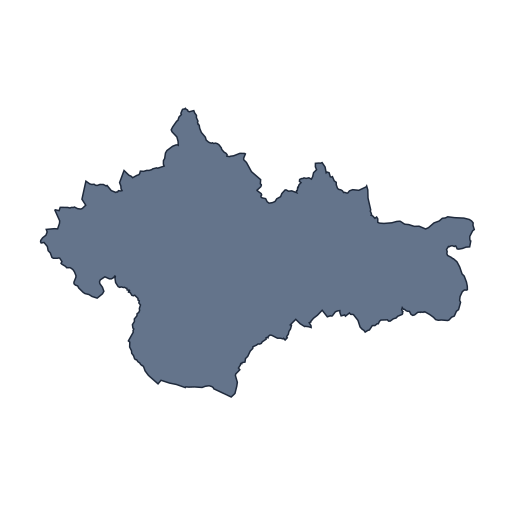 outline of Enniscorthy Lea-6, Wexford, Ireland, rotated 274°
{"feature_id": "5873133B47425584420404", "entity_name": "Enniscorthy Lea-6", "entity_type": "district", "adm_level": 2, "iso_a3": "IRL", "parent_name": "Ireland", "parent_adm1": "Wexford", "projection": "albers", "projection_center": [-6.612, 52.551], "detail": "fine", "context": "isolated", "style": "filled", "palette": "slate", "viewbox_px": 512, "rotation_deg": 274, "n_neighbors": 0, "source": "geoboundaries", "source_scale": "gbopen_adm2", "svg_char_len": 6109}
<svg xmlns="http://www.w3.org/2000/svg" viewBox="0 0 512 512"><g transform="rotate(274 256 256)"><path d="M250.9,47.2L246.8,48.3L244.7,50.6L240.4,52.5L239.6,54.0L239.9,58.0L240.3,59.5L240.1,60.4L236.9,62.8L235.1,62.0L234.3,62.9L232.3,66.8L231.1,67.9L231.4,71.5L229.7,74.3L227.5,76.0L223.8,77.8L222.2,77.8L217.2,76.2L215.6,76.4L214.4,77.8L213.7,80.2L211.7,81.4L207.6,86.2L206.6,88.0L205.9,92.1L204.2,95.2L202.9,100.5L207.6,105.5L210.2,106.7L214.1,105.0L217.6,102.1L219.4,101.7L221.3,102.3L224.7,106.7L223.0,111.3L223.1,113.4L224.5,115.4L226.2,116.6L225.9,117.1L223.9,116.9L219.7,117.8L215.9,120.6L215.2,122.2L215.8,123.8L215.3,125.9L215.6,127.1L214.8,128.6L214.7,129.4L213.1,129.8L213.0,132.1L212.4,132.3L211.8,131.4L211.1,131.3L210.7,133.1L208.1,134.9L207.8,136.6L208.4,137.8L205.5,141.2L203.8,141.4L203.1,142.7L201.0,142.4L199.1,144.2L195.6,143.3L193.4,143.7L191.4,142.9L190.2,141.4L188.0,141.4L184.7,139.0L182.2,139.3L178.9,137.5L175.6,138.2L174.7,139.2L172.8,138.5L171.5,138.9L162.4,134.6L161.3,136.1L156.4,136.3L152.8,138.4L150.3,138.8L148.0,140.8L145.1,142.0L144.3,142.9L144.2,144.1L142.3,145.6L141.2,147.5L139.8,148.5L138.8,149.8L138.9,150.4L137.5,151.7L133.6,153.4L129.3,157.1L121.6,167.2L125.4,169.9L123.2,178.6L122.3,185.5L119.8,194.7L120.6,195.2L120.5,198.0L121.1,203.8L121.1,211.4L122.5,214.5L123.3,218.3L122.7,220.9L121.8,222.5L120.6,223.1L113.6,241.1L117.4,244.6L124.8,245.9L128.7,246.2L135.3,243.8L136.9,244.0L141.4,247.8L143.0,246.3L146.1,248.0L147.6,248.2L147.5,249.3L148.7,249.6L149.4,252.4L153.0,252.7L155.2,254.7L160.8,256.9L163.5,259.2L165.3,259.3L167.0,262.5L168.4,264.2L168.4,265.8L169.2,267.4L170.8,268.2L173.7,271.9L175.1,271.7L175.5,272.5L175.2,273.7L176.6,273.8L178.1,275.5L178.0,277.2L175.5,283.1L175.7,286.1L175.2,288.8L175.8,289.3L174.2,290.9L176.6,292.9L177.3,292.2L178.1,292.4L180.2,293.7L183.1,294.1L185.6,295.5L189.3,296.2L189.7,295.0L195.6,300.1L191.5,304.8L189.0,309.5L189.3,310.1L189.1,313.5L188.5,316.0L190.4,315.7L193.1,313.7L194.0,315.3L194.4,315.1L197.9,317.7L201.2,321.4L206.5,325.8L200.3,331.4L201.6,334.4L201.3,335.0L201.6,336.3L205.9,339.1L206.9,341.2L207.4,343.4L205.2,343.7L202.2,345.1L203.4,348.6L202.2,349.4L205.7,353.2L204.4,354.5L204.5,356.7L204.2,357.4L198.9,362.2L192.4,364.8L190.4,366.9L189.3,368.9L187.7,370.2L189.6,372.8L190.1,374.3L194.7,376.9L194.9,379.5L196.9,381.6L196.9,382.7L199.6,383.8L200.8,385.1L201.5,391.6L200.3,392.7L200.4,394.4L203.0,397.5L203.9,400.1L205.8,401.6L207.9,405.8L208.7,406.3L210.1,405.9L210.6,406.5L212.4,405.0L214.7,405.5L213.2,406.7L213.2,407.8L211.9,409.6L211.4,411.2L211.5,412.9L208.6,414.7L207.7,416.5L208.3,418.3L211.1,421.3L211.4,423.4L211.2,423.9L211.7,424.5L211.4,425.6L211.9,427.2L211.6,427.5L212.2,428.2L209.6,433.6L207.2,437.4L205.1,439.6L204.6,442.4L205.1,445.4L205.0,451.7L205.6,453.0L208.6,455.4L209.9,458.0L214.9,459.8L216.6,461.8L224.1,463.3L226.0,462.2L229.8,462.4L234.8,464.3L236.6,466.2L236.7,468.6L237.2,469.2L240.5,468.9L244.6,467.8L250.5,465.1L252.5,462.8L259.2,460.0L264.2,456.9L267.1,453.1L267.1,452.4L268.1,451.2L269.9,447.1L271.7,446.2L273.7,446.4L275.8,445.6L278.9,447.3L278.6,447.9L279.6,449.5L280.0,451.0L279.3,453.2L280.0,454.1L279.8,454.7L277.1,456.2L277.0,457.8L277.9,461.4L279.5,464.9L280.0,468.5L285.8,469.2L285.8,468.8L287.6,468.1L290.5,467.9L296.3,470.4L297.6,471.9L301.8,470.3L304.2,470.3L306.0,468.6L307.3,466.3L308.3,460.8L308.1,451.5L308.5,444.5L307.2,442.3L306.6,439.2L303.7,436.3L301.4,431.2L296.3,426.1L294.8,423.3L297.1,416.6L296.6,411.8L298.0,406.2L298.1,402.1L300.7,397.5L300.7,396.6L300.3,394.0L298.6,389.2L297.4,381.3L297.4,376.9L298.1,375.1L301.5,374.9L303.3,373.6L301.9,372.0L304.1,369.6L304.7,368.0L305.3,368.4L306.6,368.0L308.7,366.9L310.0,367.2L321.6,363.7L329.7,362.9L333.6,361.5L332.6,361.0L328.7,354.0L328.9,347.8L327.5,344.7L325.2,343.1L325.1,342.2L325.7,339.9L325.4,339.0L327.1,337.6L327.9,336.0L328.3,333.6L329.4,332.5L332.6,331.1L335.1,330.9L336.4,328.8L340.5,326.7L340.0,325.9L340.2,324.6L344.2,323.1L344.7,321.0L343.9,320.2L349.6,318.7L353.8,315.4L353.1,314.0L353.1,312.1L352.6,308.8L349.1,309.0L346.3,310.4L343.1,307.6L339.1,307.0L336.5,305.9L337.7,303.3L336.9,300.6L337.3,298.4L336.7,297.7L336.4,296.0L335.4,294.2L333.5,294.1L332.3,295.8L330.0,293.9L327.3,293.3L327.4,292.8L324.1,292.6L323.9,291.9L322.8,291.7L322.0,292.2L323.5,287.1L322.9,283.9L324.0,281.6L323.9,280.4L320.1,277.4L316.9,276.4L314.5,272.7L311.7,271.2L310.4,268.7L309.6,265.4L310.9,263.3L313.9,261.6L314.4,258.1L315.1,257.0L316.1,256.7L317.3,257.4L318.6,256.8L321.3,252.6L321.7,252.4L325.4,255.9L326.8,256.4L327.6,256.3L328.3,255.3L332.5,255.3L339.8,245.6L348.7,239.9L351.2,237.0L352.8,236.9L357.1,238.3L357.5,237.6L357.3,232.8L354.4,226.7L353.7,223.4L353.3,222.9L353.5,220.0L355.1,220.1L356.4,218.9L357.4,216.9L360.0,214.3L361.4,213.9L364.2,211.5L365.3,209.8L365.8,207.8L365.3,205.9L365.9,204.6L365.4,203.7L365.7,202.4L366.3,200.7L368.2,198.2L371.0,197.2L375.4,192.9L379.5,190.9L382.2,190.3L383.4,189.5L383.3,189.0L385.5,188.3L386.5,188.7L389.8,186.9L392.1,186.8L394.5,184.8L396.7,183.8L395.2,179.3L395.9,177.9L396.9,177.5L397.5,176.0L398.4,175.3L397.6,174.3L397.4,172.9L397.0,172.4L393.2,171.1L391.9,171.7L389.3,169.5L385.8,168.6L385.0,167.5L379.0,163.9L375.9,162.6L374.0,163.6L369.2,168.8L364.8,170.3L361.1,170.7L361.4,170.1L361.2,168.4L359.7,165.2L355.0,159.8L352.4,158.5L346.9,158.1L344.7,157.0L341.2,157.2L339.3,158.1L336.7,151.8L337.0,150.7L335.7,146.8L334.9,146.0L333.9,143.4L333.8,141.1L332.6,138.0L332.6,134.7L330.0,134.2L328.9,133.4L328.1,131.5L325.5,127.5L326.8,126.0L327.7,123.6L332.1,118.4L319.7,114.8L316.4,116.3L313.6,116.7L311.9,117.8L311.4,116.3L311.6,114.2L310.2,113.5L310.1,112.2L309.6,111.7L311.2,107.0L316.0,102.5L315.4,101.6L316.7,98.7L316.5,95.3L315.4,93.0L315.3,91.1L316.3,89.5L315.9,87.1L316.4,85.0L318.8,81.1L300.5,78.4L294.8,82.6L291.3,79.4L290.6,77.9L290.8,74.7L292.2,71.4L291.7,70.6L291.6,68.4L290.9,67.1L291.3,64.8L290.9,57.3L287.5,56.4L288.1,52.7L287.7,52.2L277.4,57.7L274.9,57.7L269.2,56.2L269.2,53.0L267.9,44.9L265.4,46.0L262.1,45.0L259.3,41.9L256.6,40.2L255.1,40.1L254.0,40.8L254.7,43.6L250.9,47.2Z" fill="#64748b" stroke="#1e293b" stroke-width="1.5"/></g></svg>